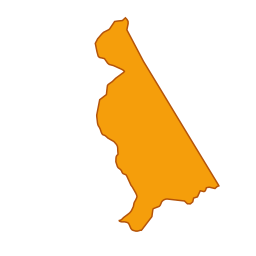 map outline of Heredia (orthographic projection), rotated 148°
{"feature_id": "CRI-1328", "entity_name": "Heredia", "entity_type": "Province", "adm_level": 1, "iso_a3": "CRI", "parent_name": "Costa Rica", "parent_adm1": "", "projection": "orthographic", "projection_center": [-83.91, 10.368], "detail": "fine", "context": "isolated", "style": "filled", "palette": "amber", "viewbox_px": 256, "rotation_deg": 148, "n_neighbors": 0, "source": "natural_earth", "source_scale": "10m", "svg_char_len": 1911}
<svg xmlns="http://www.w3.org/2000/svg" viewBox="0 0 256 256"><g transform="rotate(148 128 128)"><path d="M149.2,46.2L150.1,45.7L154.7,40.2L169.8,34.5L170.9,34.2L171.6,34.7L174.2,35.4L174.9,35.7L175.5,36.1L176.0,36.4L177.1,37.6L178.0,38.6L178.6,39.7L178.7,40.5L178.8,41.3L178.1,45.9L178.2,47.0L178.4,47.8L179.1,48.7L179.9,49.5L180.7,50.3L182.7,51.5L183.6,52.2L184.1,52.8L184.6,53.6L184.6,54.0L184.4,54.2L183.4,53.8L182.5,53.8L181.7,53.8L179.3,54.4L172.6,55.0L171.3,55.2L169.0,56.0L165.1,58.5L162.8,61.0L161.9,61.7L159.8,62.8L157.8,64.1L157.0,64.8L156.6,65.3L156.2,66.6L155.9,68.7L155.6,75.8L155.8,77.9L154.5,87.8L154.5,89.2L154.7,89.7L155.1,90.2L155.8,91.1L156.1,91.6L156.4,92.1L156.5,92.8L156.5,93.5L156.2,95.4L156.3,96.2L156.4,96.9L157.3,99.2L157.4,99.8L157.4,101.0L156.2,105.8L154.1,108.9L153.2,109.9L152.8,110.2L152.3,110.5L151.6,110.7L151.0,110.8L150.5,111.0L150.1,111.5L148.2,115.1L147.6,116.0L146.8,117.7L146.6,118.7L146.5,120.0L147.0,123.4L147.3,124.3L150.3,129.9L151.0,132.4L151.4,133.6L152.0,134.5L152.7,135.4L153.0,135.9L153.1,137.1L152.9,138.7L152.1,142.0L151.9,144.8L152.0,145.5L151.8,146.7L151.2,148.4L148.4,154.3L147.7,155.5L137.0,167.0L128.6,167.8L124.1,173.5L122.8,175.0L121.7,175.4L116.6,175.7L112.2,176.7L102.2,177.5L101.1,177.9L101.2,179.0L102.1,180.9L107.3,188.7L110.3,191.9L110.9,193.8L111.2,199.3L113.1,201.3L114.2,202.3L114.9,203.1L115.2,204.8L113.8,209.4L110.9,217.1L106.5,219.7L100.5,221.6L98.1,222.1L92.3,221.6L91.2,221.7L82.9,225.4L80.3,224.3L75.8,222.1L71.8,222.8L71.4,220.7L71.4,219.5L71.4,218.8L71.6,218.1L72.7,216.3L76.9,211.9L77.0,211.3L79.6,176.3L80.0,144.6L80.4,118.2L80.9,81.0L81.5,31.7L81.6,30.8L83.5,31.1L86.3,30.6L90.5,34.8L93.1,35.8L95.7,33.8L97.3,33.8L100.0,36.5L105.6,32.8L109.5,33.8L112.2,31.1L115.3,30.6L117.8,32.3L118.8,36.2L132.5,47.1L134.0,47.8L136.1,48.1L138.3,47.7L141.5,45.5L143.0,45.0L149.2,46.2Z" fill="#f59e0b" stroke="#b45309" stroke-width="1.5"/></g></svg>